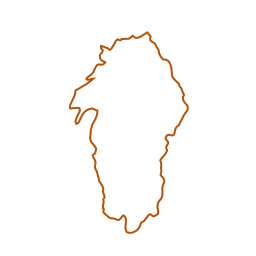 outline of Phôngsali, rotated 205°
{"feature_id": "LAO-3291", "entity_name": "Phôngsali", "entity_type": "Province", "adm_level": 1, "iso_a3": "LAO", "parent_name": "Laos", "parent_adm1": "", "projection": "equal_earth", "projection_center": [102.249, 21.683], "detail": "fine", "context": "isolated", "style": "outline", "palette": "amber", "viewbox_px": 256, "rotation_deg": 205, "n_neighbors": 0, "source": "natural_earth", "source_scale": "10m", "svg_char_len": 2862}
<svg xmlns="http://www.w3.org/2000/svg" viewBox="0 0 256 256"><g transform="rotate(205 128 128)"><path d="M85.1,33.2L85.5,33.3L88.0,36.0L90.9,43.7L93.0,46.3L95.2,46.9L96.0,45.3L96.4,43.0L97.3,40.9L98.8,40.2L102.6,40.1L104.4,39.2L106.2,38.9L107.9,39.0L113.2,40.6L114.1,41.0L114.9,41.7L115.3,42.7L115.4,43.7L116.0,44.7L116.9,44.7L117.5,46.3L118.0,47.4L118.9,51.1L119.2,51.5L119.9,52.2L120.2,52.8L120.2,53.4L119.9,54.8L120.0,55.5L121.3,57.2L122.8,58.5L124.0,60.0L124.6,62.4L126.3,64.3L131.5,67.6L137.7,75.2L140.4,77.3L141.2,78.2L141.8,79.5L142.6,82.4L143.2,83.7L145.0,85.4L147.2,86.9L148.5,88.4L147.8,89.9L147.5,90.2L147.3,90.6L147.2,91.0L147.1,91.4L148.1,95.8L151.4,98.0L155.2,99.6L157.9,102.4L160.9,110.8L161.7,115.6L161.3,122.4L161.5,125.1L161.9,127.7L162.5,129.5L163.1,130.7L163.4,130.9L163.7,130.7L168.3,130.6L169.2,130.3L171.9,128.0L173.9,124.9L174.9,121.2L175.1,111.8L176.6,110.0L178.4,111.7L179.1,117.0L178.8,121.7L179.1,123.9L180.2,125.3L181.7,125.2L188.0,121.7L188.5,121.3L188.9,121.5L189.6,123.0L190.0,124.3L190.1,125.6L190.1,133.6L190.3,136.5L191.2,139.0L191.3,139.3L191.3,139.7L191.3,140.0L191.2,140.3L189.5,142.4L186.2,147.5L184.4,149.7L180.4,157.8L181.7,157.0L183.5,155.6L185.2,154.6L186.4,154.9L186.3,156.3L183.4,162.1L183.0,164.5L183.0,169.9L182.7,171.8L181.6,173.2L178.7,174.1L177.2,175.5L176.3,177.7L176.9,178.2L178.6,178.0L180.5,178.1L181.8,178.7L182.9,179.7L183.8,181.0L184.2,182.4L184.1,183.4L183.4,185.7L183.4,186.9L183.9,188.0L184.5,188.3L185.2,188.3L186.1,189.0L187.1,190.9L187.1,191.0L180.1,191.7L178.7,191.2L177.4,191.2L176.5,193.3L175.9,198.8L175.8,201.9L175.0,203.8L172.5,204.1L171.8,204.4L171.4,205.3L171.3,206.0L165.5,209.0L164.3,209.9L162.9,213.5L159.9,212.9L157.8,213.6L155.9,215.1L150.9,222.8L146.1,220.4L145.7,218.1L144.6,216.8L142.1,216.2L139.5,216.0L136.7,213.8L133.5,211.8L131.3,208.7L128.3,206.4L125.3,205.0L122.4,206.0L119.4,205.7L116.4,203.5L114.0,200.5L109.9,193.6L107.2,191.9L100.5,189.5L99.5,188.2L98.1,187.2L96.6,186.6L92.6,182.7L91.1,181.7L91.2,181.3L91.3,180.1L91.0,178.6L90.3,177.3L89.3,176.3L88.2,175.5L83.7,173.3L82.5,172.0L81.8,170.0L81.9,168.0L82.7,163.7L83.1,152.1L84.4,149.6L84.7,147.4L83.6,142.8L83.7,140.9L85.0,139.8L86.9,139.5L88.7,138.8L89.8,136.8L89.6,134.5L88.3,133.5L86.7,132.9L85.4,131.8L85.1,130.6L85.4,128.2L85.3,127.0L84.8,126.0L83.4,124.5L83.0,123.8L83.0,122.0L83.3,119.9L85.1,113.4L85.0,112.3L82.9,109.8L82.4,109.0L81.3,106.1L79.4,102.7L79.1,101.7L79.1,100.8L78.9,99.9L78.3,98.9L75.2,97.8L73.3,96.3L72.5,94.7L72.0,90.0L71.3,87.6L68.9,82.8L68.1,80.4L68.1,77.8L68.7,75.8L69.1,73.5L68.6,70.4L67.6,68.4L64.9,64.4L64.7,62.4L66.1,60.3L66.8,59.3L67.7,58.7L68.8,58.7L69.9,59.1L70.9,59.3L72.1,58.7L72.5,57.8L73.7,52.9L74.0,51.1L74.1,50.6L75.6,48.7L75.8,48.5L76.0,46.2L75.8,43.9L75.9,41.6L76.7,39.0L78.0,37.2L79.7,35.2L81.8,33.8L84.3,33.2L85.1,33.2Z" fill="none" stroke="#b45309" stroke-width="2"/></g></svg>